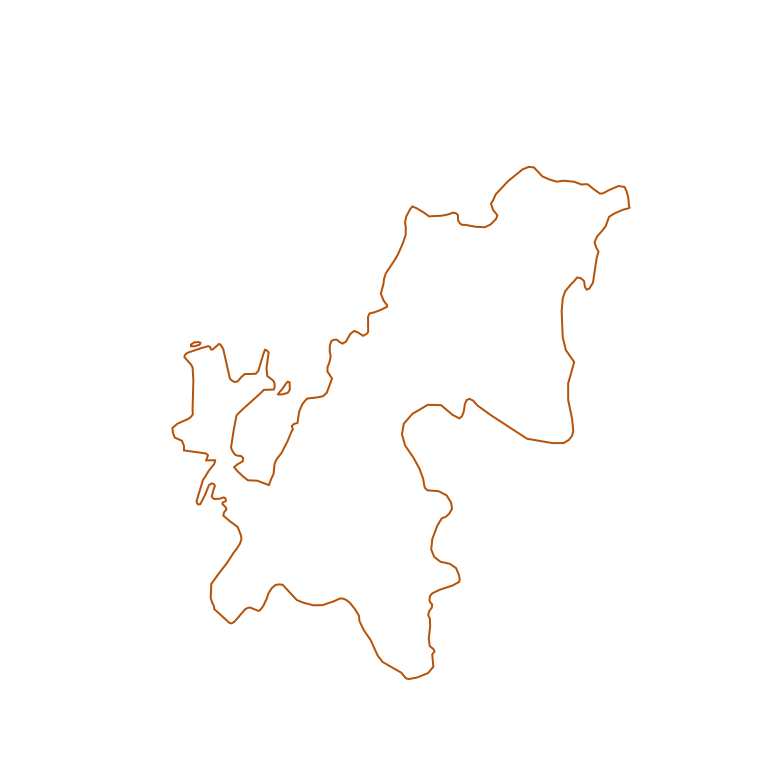 map outline of Tajikistan (Robinson projection), rotated 296°
{"feature_id": "TJK", "entity_name": "Tajikistan", "entity_type": "country or territory", "adm_level": 0, "iso_a3": "TJK", "parent_name": "Asia", "parent_adm1": "", "projection": "robinson", "projection_center": [70.744, 38.86], "detail": "fine", "context": "isolated", "style": "outline", "palette": "amber", "viewbox_px": 768, "rotation_deg": 296, "n_neighbors": 0, "source": "natural_earth", "source_scale": "50m", "svg_char_len": 4596}
<svg xmlns="http://www.w3.org/2000/svg" viewBox="0 0 768 768"><g transform="rotate(296 384 384)"><path d="M129.1,532.6L132.1,526.2L133.5,504.8L137.1,497.4L148.0,484.2L153.7,474.1L160.1,465.9L164.7,463.1L168.9,456.6L172.4,449.2L173.4,444.6L173.1,440.9L171.9,438.5L166.0,433.5L158.3,425.7L154.2,417.7L152.1,407.5L151.6,400.4L159.1,380.9L157.9,377.6L155.9,374.6L151.6,372.7L145.5,371.9L139.4,372.7L131.6,372.8L126.2,371.7L125.0,370.5L124.4,361.6L123.0,359.7L120.8,358.0L105.2,353.9L102.1,352.1L101.5,349.9L107.3,330.1L109.8,328.6L112.1,325.4L115.8,322.0L128.7,316.4L142.3,318.8L154.5,321.4L166.6,322.8L170.8,323.8L177.7,324.5L182.4,323.8L185.5,321.5L191.3,315.2L193.1,305.6L195.3,297.2L198.7,296.5L202.2,297.4L203.9,295.7L204.6,293.4L205.3,291.4L206.8,291.0L209.3,293.1L210.7,292.6L211.9,291.1L211.6,289.3L208.7,286.4L206.2,281.8L206.5,280.2L207.4,278.5L214.9,277.0L218.3,276.7L219.5,275.1L219.0,272.5L216.2,271.0L206.0,271.8L195.5,271.6L194.3,270.0L194.9,268.3L196.5,266.9L218.1,263.4L229.5,264.6L238.0,266.5L241.4,265.6L237.4,257.7L242.8,257.0L243.5,254.3L236.6,233.3L240.5,231.5L244.4,227.3L244.1,219.5L247.6,215.7L251.7,213.1L257.7,215.7L267.0,223.5L270.1,225.0L273.1,225.4L277.4,223.0L294.2,215.4L303.6,211.1L314.8,204.8L316.7,202.4L320.6,192.9L322.7,192.3L325.5,193.3L335.3,203.1L341.0,209.4L341.0,211.5L339.3,213.2L339.7,214.7L347.7,218.2L347.7,219.7L345.9,222.7L344.9,224.3L343.9,225.0L333.2,233.6L321.2,243.2L320.8,244.5L320.3,246.8L320.4,249.3L322.3,251.3L327.5,252.7L332.0,254.5L334.4,259.5L337.0,264.2L340.6,265.3L358.4,262.4L362.6,262.0L362.8,263.6L361.8,266.5L346.8,271.4L340.0,275.6L338.5,283.0L336.7,285.2L333.7,286.9L330.7,287.4L326.1,278.6L320.9,276.8L313.3,273.7L298.7,267.8L291.2,265.2L276.7,269.1L259.7,274.4L257.0,277.6L255.2,281.1L255.4,283.8L256.6,287.3L255.7,290.0L252.5,290.9L247.7,287.6L243.6,285.7L241.5,290.2L239.0,298.2L237.8,304.0L241.5,312.4L242.7,324.9L249.4,324.2L254.6,324.2L264.4,320.6L269.4,320.5L277.0,322.1L290.2,322.4L300.8,321.7L303.3,322.0L305.8,319.6L308.5,320.5L311.1,323.3L321.8,319.9L329.6,319.4L334.5,320.4L337.3,321.4L342.5,329.6L346.4,334.7L351.2,336.4L366.1,334.9L370.4,327.7L374.2,325.9L380.3,325.3L385.4,324.0L389.4,321.0L394.9,318.4L399.7,317.9L402.0,319.8L403.1,322.3L402.3,325.6L402.1,329.0L405.2,331.2L414.3,331.8L418.6,333.9L418.9,337.9L418.2,344.2L422.0,346.7L424.0,346.9L437.4,340.2L441.1,340.1L444.1,343.8L448.7,348.2L454.7,352.9L456.2,352.2L458.8,347.1L463.9,341.5L473.5,339.7L478.8,337.9L484.3,337.1L501.1,339.4L506.7,339.7L518.3,339.3L527.3,338.2L534.6,334.8L538.3,332.1L544.3,330.6L551.9,330.8L556.0,331.6L556.3,336.2L555.5,344.9L554.4,351.0L560.5,362.0L564.5,367.3L568.3,371.0L569.0,374.0L568.2,376.4L563.6,378.8L561.9,381.3L561.2,384.1L562.7,387.4L565.6,397.8L569.1,405.9L574.0,409.8L581.4,412.4L585.4,411.9L588.2,405.8L593.0,401.1L597.0,401.5L603.6,401.3L620.8,406.6L637.7,414.5L642.6,418.9L644.4,423.8L640.0,435.3L640.3,442.6L641.5,450.4L645.4,456.2L649.1,466.1L649.9,474.3L651.5,476.7L652.8,479.6L651.0,487.1L649.8,494.7L651.4,497.3L656.6,501.0L664.8,508.0L666.5,513.8L663.6,517.5L658.5,521.9L652.0,525.8L650.1,527.4L648.9,526.5L645.6,522.6L638.2,516.3L632.9,513.0L623.1,514.1L617.3,512.9L610.2,510.9L603.7,511.1L599.7,514.9L597.1,518.7L590.6,519.9L581.2,522.8L566.7,527.4L559.7,526.7L557.7,524.7L559.3,522.1L564.2,518.7L565.4,514.6L564.4,510.9L559.7,509.8L558.0,509.2L555.9,508.4L546.9,506.2L539.7,507.0L527.2,511.8L504.3,524.2L494.2,532.6L487.1,545.3L465.2,549.3L450.3,556.6L434.9,568.5L424.6,574.8L419.7,575.7L414.7,574.6L409.7,571.4L404.8,561.5L400.4,546.5L397.5,536.6L399.1,523.8L400.9,509.3L402.7,494.6L405.6,477.6L408.1,471.5L408.2,467.5L406.0,465.4L401.3,465.5L394.2,467.8L389.1,468.2L386.1,466.7L386.4,458.8L390.0,444.5L384.4,432.4L369.6,422.6L357.0,419.2L346.6,422.2L337.9,430.0L330.8,442.6L323.5,452.9L315.8,460.9L310.4,464.7L308.6,466.2L307.5,469.6L311.6,480.2L311.3,489.2L306.7,496.4L301.7,499.8L296.2,499.5L291.8,497.8L288.6,494.8L279.9,494.0L265.7,495.4L255.9,499.0L250.6,504.9L249.0,512.6L251.2,522.1L250.1,529.5L245.6,534.6L242.0,537.5L239.1,538.3L232.9,533.9L223.5,524.3L217.0,519.1L213.4,518.3L211.5,518.9L209.3,519.9L208.1,521.1L207.0,523.9L203.9,525.0L199.6,524.2L195.7,525.0L193.3,528.0L186.7,531.6L175.0,535.7L168.5,540.0L167.4,544.6L165.7,546.7L162.1,545.9L151.5,552.3L143.5,550.3L134.5,542.2L129.6,535.5L129.1,532.6ZM344.1,298.4L337.7,301.8L333.9,301.4L330.9,298.1L328.8,295.0L328.3,293.3L329.4,293.3L334.4,294.7L341.4,295.7L343.9,296.5L344.1,298.4ZM340.6,200.9L338.5,201.1L334.6,196.9L333.3,194.0L334.9,193.2L338.2,195.2L340.4,198.8L340.6,200.9Z" fill="none" stroke="#b45309" stroke-width="2"/></g></svg>